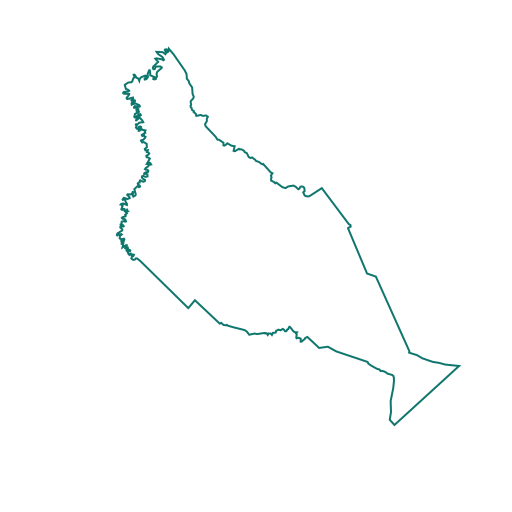 Mongkol Borei, Bântéay Méanchey, Cambodia, rotated 228°
{"feature_id": "14789045B79139506572883", "entity_name": "Mongkol Borei", "entity_type": "district", "adm_level": 2, "iso_a3": "KHM", "parent_name": "Cambodia", "parent_adm1": "Bântéay Méanchey", "projection": "natural_earth1", "projection_center": [103.095, 13.468], "detail": "fine", "context": "isolated", "style": "outline", "palette": "teal", "viewbox_px": 512, "rotation_deg": 228, "n_neighbors": 0, "source": "geoboundaries", "source_scale": "gbopen_adm2", "svg_char_len": 6141}
<svg xmlns="http://www.w3.org/2000/svg" viewBox="0 0 512 512"><g transform="rotate(228 256 256)"><path d="M468.4,329.9L466.6,327.8L466.6,327.1L469.3,327.9L470.3,326.8L470.1,326.0L467.1,325.3L466.6,323.7L470.0,323.0L474.2,318.7L471.5,318.4L466.6,319.6L463.4,318.9L463.4,318.2L465.5,317.4L469.5,314.3L470.0,313.2L465.7,313.2L465.5,306.3L464.6,305.0L463.8,304.8L463.0,305.1L462.7,305.9L463.7,308.0L463.4,308.8L460.9,311.7L459.2,312.2L458.8,311.5L459.0,306.0L457.9,304.0L455.5,302.4L455.7,301.3L454.6,300.1L455.0,298.8L456.2,298.1L456.7,298.7L456.5,299.7L457.1,300.2L461.0,298.3L463.9,300.7L465.1,301.3L465.5,300.9L463.8,297.3L461.3,295.4L460.8,293.5L461.1,292.2L461.6,291.4L462.2,291.7L462.8,294.5L463.4,294.9L464.2,294.3L465.7,290.3L465.4,288.1L464.3,286.5L466.7,287.3L468.5,286.4L471.1,287.1L472.3,286.9L472.5,286.3L470.1,285.5L470.1,283.6L468.5,280.8L468.6,279.6L470.4,277.1L471.0,273.0L467.3,271.1L464.9,272.3L463.6,272.2L463.8,271.0L466.3,267.7L466.3,266.8L465.7,266.2L464.8,266.6L461.3,270.2L460.8,269.7L460.1,265.7L459.6,265.3L458.9,265.3L458.2,266.3L456.1,270.6L455.4,270.2L455.7,268.4L455.1,267.5L454.5,267.6L453.6,269.5L452.6,270.1L452.0,269.6L452.2,268.0L453.1,266.9L452.7,265.6L451.6,264.9L450.2,268.4L446.2,270.2L445.1,270.0L444.8,269.3L448.4,266.4L448.2,264.8L447.7,264.6L446.1,266.3L444.0,266.9L443.1,266.2L444.4,264.8L443.7,264.4L443.5,265.0L441.6,265.5L441.3,265.0L442.6,261.2L440.9,258.7L440.2,258.6L439.7,259.6L439.6,263.7L438.8,265.0L437.7,264.6L438.4,259.6L437.1,257.7L436.7,258.1L437.2,259.6L436.7,260.4L437.0,261.3L435.9,262.2L432.7,262.2L430.9,261.7L433.2,258.5L433.2,256.0L434.2,255.0L434.0,254.5L432.7,254.5L431.8,252.7L430.0,252.7L429.7,253.7L430.4,255.4L429.5,256.8L429.1,256.9L428.9,254.3L427.5,252.6L427.0,253.3L427.0,254.5L427.9,255.8L427.5,256.2L426.2,255.7L423.3,257.9L422.7,256.4L421.6,256.1L422.4,252.2L422.0,251.8L421.2,251.9L420.7,253.6L419.4,253.1L418.5,253.6L418.1,252.9L417.8,249.8L418.8,248.3L418.6,247.6L416.5,247.4L415.8,248.8L412.5,249.8L409.9,247.7L410.0,245.0L408.5,244.5L407.1,246.4L406.2,244.5L405.0,245.3L403.6,245.2L403.3,243.9L403.9,241.7L403.4,241.2L402.5,240.9L400.9,242.0L399.4,242.3L397.5,236.4L396.7,237.1L397.2,238.9L395.7,239.6L394.2,239.3L395.2,237.5L394.8,235.7L395.2,233.0L394.8,231.6L393.7,232.0L392.7,233.0L391.5,233.1L390.7,232.1L392.0,230.0L392.2,228.2L391.8,227.8L390.4,229.5L389.3,229.9L387.7,228.6L388.9,226.7L391.0,225.8L391.5,224.7L391.0,223.9L389.5,223.6L386.7,224.4L386.0,223.4L386.7,221.8L389.7,220.6L389.8,220.2L388.4,218.7L389.1,217.8L389.0,216.6L388.1,216.2L386.2,216.7L385.2,216.3L385.4,215.1L386.9,215.0L387.2,214.5L387.1,210.3L382.4,208.0L381.7,207.0L382.2,204.6L383.6,205.0L385.6,207.5L386.1,207.1L385.2,205.4L385.3,204.5L387.8,201.8L387.6,201.2L384.4,201.4L383.5,200.8L384.4,198.6L387.6,196.8L387.4,194.8L386.8,194.6L385.5,196.8L383.8,195.4L381.1,195.0L380.3,194.2L384.0,192.4L384.9,190.6L384.8,190.0L383.2,191.4L382.9,190.0L382.2,190.0L380.9,187.2L380.4,187.1L379.8,187.4L379.7,188.9L379.0,189.6L377.6,188.4L376.7,188.5L376.8,191.2L376.2,191.1L375.8,190.1L375.0,190.5L375.4,188.6L374.1,188.6L374.2,186.4L373.0,186.1L372.8,185.5L374.1,183.0L374.1,181.8L372.9,181.8L371.6,182.9L370.4,183.2L368.7,182.5L369.0,181.7L370.4,181.1L371.4,179.1L369.9,177.7L370.1,176.5L369.1,176.0L368.3,177.7L366.7,177.7L366.6,177.2L368.6,175.2L368.5,174.7L367.9,174.2L365.3,174.5L364.5,173.7L365.5,168.1L364.7,166.6L364.1,166.6L363.7,168.5L362.4,170.6L361.8,170.6L362.1,168.5L360.5,166.6L359.6,166.6L358.2,167.6L357.2,169.5L356.5,169.4L355.9,168.4L356.8,167.7L357.3,165.9L356.6,165.6L355.5,167.3L354.5,166.3L355.3,165.1L355.0,164.3L353.2,164.8L351.7,162.5L350.9,166.8L350.4,167.2L349.8,166.4L349.7,164.9L349.3,164.0L348.3,164.4L348.6,165.7L348.1,166.4L347.1,165.8L347.0,164.9L347.7,164.5L346.7,163.5L345.9,164.2L345.2,166.1L344.3,166.3L344.0,165.9L344.9,163.3L342.4,162.5L341.3,162.8L341.9,164.0L341.7,164.6L339.7,164.2L339.7,165.4L338.6,166.1L338.0,164.7L338.5,163.6L337.7,161.8L337.3,161.7L335.3,162.1L334.3,164.0L334.6,165.2L333.7,166.0L330.3,166.6L262.6,170.8L264.0,181.0L230.0,183.8L229.6,185.4L226.5,185.7L224.4,187.5L224.4,188.2L223.0,188.5L218.6,191.2L208.7,197.9L206.2,198.6L202.0,198.3L199.3,203.1L197.3,204.5L192.9,211.1L192.3,211.0L191.5,212.2L189.5,211.9L190.0,213.4L188.6,215.0L186.7,215.0L187.6,217.1L185.9,219.3L186.9,220.8L186.3,223.3L184.3,224.7L183.9,227.1L182.4,227.5L180.8,227.2L180.0,227.9L179.9,228.8L180.5,229.7L180.1,230.9L181.1,233.4L180.6,233.8L174.9,233.4L173.2,234.0L171.9,235.3L171.6,233.9L170.6,233.9L168.4,231.3L167.7,231.1L166.7,233.0L164.7,233.9L162.4,231.9L161.9,232.4L161.7,236.9L162.1,237.6L161.5,240.0L145.4,241.4L140.5,248.7L131.4,251.8L102.7,268.0L100.7,267.5L97.4,268.3L91.2,270.4L89.1,271.8L87.1,271.6L86.6,272.5L85.4,273.4L83.1,274.6L80.8,274.9L76.5,277.6L75.0,277.8L73.4,277.1L71.0,275.1L66.0,269.6L58.1,259.0L49.7,251.9L44.8,245.8L37.8,245.8L38.4,333.3L48.7,324.0L54.0,320.6L58.9,316.6L68.4,311.3L74.6,309.3L81.7,305.1L82.7,306.3L160.5,331.3L168.7,326.8L214.9,342.9L215.2,343.3L214.5,346.0L215.8,346.9L217.6,346.3L262.4,350.3L264.5,337.0L265.0,335.1L265.9,334.1L267.4,332.9L268.6,332.7L271.7,333.7L271.7,335.5L273.4,336.9L274.6,337.5L276.0,337.3L277.4,336.2L277.7,335.2L277.0,333.3L277.3,332.1L281.0,331.8L283.2,331.0L286.1,326.6L286.7,323.4L289.4,321.7L296.5,320.3L297.1,320.1L297.2,318.9L299.1,318.8L301.9,317.7L303.6,319.2L303.9,320.1L305.7,320.8L306.5,323.6L308.2,322.9L319.5,322.9L319.5,322.3L320.8,321.7L323.7,321.2L326.7,319.6L328.1,319.8L331.9,319.0L332.5,317.5L334.4,316.8L338.5,318.0L340.7,317.1L341.6,317.5L344.0,317.0L345.5,316.1L346.3,315.0L347.1,315.0L347.9,310.8L348.4,310.0L349.1,309.7L351.9,313.6L354.4,311.6L358.9,310.1L358.9,307.4L359.4,306.1L360.1,305.9L362.0,307.6L367.1,306.3L368.4,305.2L371.7,305.8L386.2,305.4L388.1,306.4L389.1,309.7L391.0,311.4L391.7,313.4L393.9,312.9L395.7,310.2L397.8,309.3L400.0,305.4L402.1,306.4L404.7,306.0L405.2,306.8L407.6,306.2L409.0,307.2L410.3,307.1L411.4,307.8L411.7,308.9L414.3,310.6L414.8,311.5L415.1,314.8L416.1,316.4L418.7,317.2L424.0,321.3L428.9,322.0L431.1,323.1L433.9,323.2L437.5,326.0L441.4,327.2L461.1,329.7L468.4,329.9Z" fill="none" stroke="#0f766e" stroke-width="2"/></g></svg>